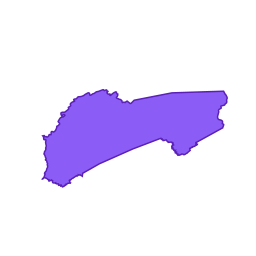 outline of Los Pozos, Herrera, Panama, rotated 235°
{"feature_id": "35544464B7631989916693", "entity_name": "Los Pozos", "entity_type": "district", "adm_level": 2, "iso_a3": "PAN", "parent_name": "Panama", "parent_adm1": "Herrera", "projection": "equal_earth", "projection_center": [-80.671, 7.692], "detail": "fine", "context": "isolated", "style": "filled", "palette": "violet", "viewbox_px": 256, "rotation_deg": 235, "n_neighbors": 0, "source": "geoboundaries", "source_scale": "gbopen_adm2", "svg_char_len": 5683}
<svg xmlns="http://www.w3.org/2000/svg" viewBox="0 0 256 256"><g transform="rotate(235 128 128)"><path d="M116.9,42.8L117.0,43.0L117.3,43.2L117.3,43.5L116.9,44.2L117.5,44.8L117.6,45.0L117.1,45.5L117.2,47.1L116.7,47.8L116.6,48.4L116.1,48.8L115.9,49.1L116.0,49.4L116.5,49.1L117.3,49.3L117.7,49.7L117.9,50.1L118.2,50.1L118.6,49.8L118.8,50.1L118.7,51.0L118.4,51.7L118.5,51.9L118.7,52.9L118.6,53.7L118.4,54.2L118.6,54.9L118.5,55.2L118.4,56.2L118.5,57.2L118.3,57.7L118.5,58.4L118.4,58.5L118.2,58.6L117.8,58.8L117.8,59.9L118.2,60.3L117.9,60.4L117.8,60.9L117.3,61.2L117.2,62.0L116.9,62.1L116.1,62.2L115.6,62.6L114.7,62.9L116.9,64.9L115.1,84.1L108.1,119.9L100.9,148.5L100.5,149.1L99.8,148.8L99.7,148.9L99.6,149.5L99.4,149.7L98.9,149.3L98.4,149.8L97.7,149.5L97.1,150.3L96.5,152.2L96.2,152.6L95.7,152.6L95.0,152.4L94.0,152.6L93.6,153.0L93.1,152.8L92.1,154.6L91.7,155.2L91.5,155.5L91.3,155.7L91.1,155.6L90.2,156.3L90.0,156.2L89.6,155.3L89.4,155.4L89.1,155.8L88.6,155.5L88.2,155.7L87.9,155.5L88.2,155.0L88.3,154.6L88.1,154.1L88.1,153.4L87.8,153.3L87.4,153.1L86.7,153.5L86.6,153.2L86.6,152.5L86.5,152.4L86.1,152.5L85.6,152.3L85.5,152.5L85.8,153.0L85.6,153.2L84.8,152.8L84.4,153.1L84.0,152.9L83.9,153.1L83.6,152.9L83.2,152.8L83.0,153.1L82.6,153.2L82.4,153.9L82.0,153.3L81.7,153.2L81.6,152.8L81.4,152.7L81.2,152.8L81.0,153.6L80.4,154.0L80.3,153.9L80.2,153.7L80.3,152.9L80.2,152.7L79.5,153.4L78.9,153.1L78.7,153.1L78.5,153.5L78.2,153.6L78.1,153.9L77.6,153.7L77.4,153.3L77.2,153.2L76.9,153.4L76.8,154.0L76.3,154.4L76.2,155.5L75.8,155.8L75.9,156.7L75.8,157.2L75.0,158.1L74.5,158.1L74.0,158.6L73.8,159.2L73.7,160.0L73.7,161.4L73.5,161.9L73.7,162.9L74.0,166.1L74.8,166.2L75.1,166.5L75.7,166.7L75.9,166.9L75.8,167.3L75.5,167.7L75.7,168.7L75.6,168.9L75.4,169.1L75.3,169.3L75.3,169.5L75.6,169.7L75.7,170.0L75.2,170.7L75.1,171.4L74.8,172.1L74.8,172.7L75.0,173.2L74.7,174.1L74.7,175.3L74.9,175.5L75.2,175.0L75.6,175.0L75.6,174.5L75.7,174.3L76.0,174.6L76.3,175.1L76.4,174.9L76.9,175.0L77.1,175.1L77.2,175.3L77.0,175.9L73.8,205.7L74.3,206.2L75.2,207.6L75.8,208.3L76.3,208.4L76.8,208.1L77.6,207.8L78.6,208.9L79.3,209.2L80.1,209.2L80.8,208.9L81.5,208.4L82.8,207.3L83.4,207.1L84.0,207.0L84.7,207.2L85.5,207.6L86.2,208.1L89.1,211.6L90.5,212.2L90.6,212.3L90.9,212.8L91.0,213.2L90.8,215.3L90.8,215.6L91.0,215.9L92.2,216.3L92.6,216.6L92.6,217.0L91.9,218.6L91.8,219.3L91.4,220.2L91.5,220.6L91.9,221.1L92.1,223.1L92.3,223.4L92.7,223.9L93.3,224.2L94.5,224.9L95.5,226.3L96.0,226.6L96.9,226.9L99.6,227.2L100.3,226.9L100.9,227.1L103.3,227.4L131.6,184.1L147.2,149.0L146.6,145.6L146.5,144.8L146.7,144.0L147.1,143.7L148.3,143.4L149.5,143.0L150.3,142.9L150.6,142.4L150.7,142.0L150.5,140.2L151.2,139.8L151.3,139.7L151.7,139.1L151.8,138.4L152.1,138.0L152.9,138.1L153.6,138.6L155.1,138.4L156.2,137.8L156.7,137.1L157.8,136.7L158.4,136.1L158.9,135.9L159.5,135.9L159.8,136.4L160.1,137.4L160.3,137.8L160.8,138.5L161.4,138.9L161.8,139.1L162.2,138.6L162.4,138.5L163.3,138.6L163.9,139.1L164.2,139.0L164.6,138.7L164.9,137.5L165.0,136.8L165.0,134.7L164.7,132.6L164.7,132.4L164.9,132.1L165.2,132.0L165.8,132.6L166.2,132.7L166.4,132.4L166.8,131.5L167.0,131.3L167.7,131.0L168.7,130.9L169.0,131.0L169.3,132.3L169.5,132.6L169.8,132.5L170.1,132.0L170.2,131.9L171.1,132.3L171.4,132.3L171.7,132.0L172.2,130.1L172.5,129.9L173.3,129.9L173.7,129.5L174.2,127.7L175.0,124.5L175.4,123.8L175.8,122.7L175.8,122.1L175.7,120.1L176.2,118.8L176.2,116.8L176.4,115.9L176.6,115.7L177.3,115.8L178.4,116.3L179.1,116.2L179.5,115.8L179.7,115.4L180.0,113.1L180.1,112.1L180.0,110.6L180.2,109.3L180.6,107.8L181.4,106.3L182.0,105.3L182.1,104.9L182.1,104.2L181.6,102.9L181.6,102.3L182.3,101.0L182.4,100.6L182.5,100.0L182.3,99.7L182.1,99.6L181.1,99.9L180.7,99.8L180.6,99.6L180.6,99.2L181.0,98.0L181.2,97.0L181.1,95.6L181.1,95.2L180.9,94.8L180.6,94.4L179.5,94.1L179.1,93.8L179.0,93.2L179.1,91.6L179.1,91.0L178.9,90.8L178.6,90.7L177.8,90.5L177.5,90.0L177.3,87.2L177.3,84.9L177.5,84.5L178.0,84.1L178.4,83.5L178.8,82.4L178.8,81.8L178.0,81.1L177.1,80.8L176.0,80.7L175.8,81.0L176.1,82.3L176.0,82.8L175.2,83.6L174.8,83.7L174.6,83.6L174.4,83.2L174.3,82.5L174.3,81.1L175.0,79.4L175.1,78.6L175.0,78.0L174.7,77.2L173.7,75.0L173.4,74.5L173.0,74.4L171.2,74.6L170.5,74.4L170.0,72.2L170.2,70.6L169.5,70.2L168.4,68.7L167.8,67.6L167.4,66.5L167.3,65.5L167.4,64.7L167.6,64.6L168.6,63.9L168.8,63.6L168.9,63.3L168.8,62.9L168.5,62.5L167.4,61.8L166.8,61.2L166.7,61.0L166.9,60.8L167.6,60.1L167.7,59.7L167.7,59.4L167.2,58.8L167.0,58.1L166.8,57.4L166.9,56.8L167.1,56.4L168.0,56.0L168.2,55.7L168.5,55.0L168.9,54.6L169.2,54.6L169.7,55.0L170.0,54.9L170.1,54.1L170.4,53.7L168.9,53.6L167.8,52.9L167.1,52.6L166.8,52.5L166.3,52.8L166.0,53.5L165.7,53.8L165.4,53.9L165.2,53.8L164.8,53.6L163.9,52.6L163.2,52.1L161.7,51.4L160.4,50.9L159.7,50.3L158.8,49.0L158.1,48.9L157.3,48.0L156.2,45.6L155.3,45.1L155.0,44.3L153.1,44.2L151.4,43.6L149.9,43.4L149.7,43.3L149.5,42.4L149.2,42.1L148.9,42.1L148.3,42.5L147.2,42.4L146.3,41.9L145.0,41.7L144.2,40.7L143.9,40.6L143.4,40.6L142.7,40.2L141.8,39.4L141.6,39.0L141.3,38.3L139.8,36.5L139.6,35.9L139.4,35.0L139.2,34.3L138.4,33.4L137.8,33.7L135.9,31.0L135.7,30.8L135.5,29.1L135.3,28.6L135.2,28.7L135.1,29.0L135.3,29.7L135.3,30.7L135.1,31.3L134.8,31.6L134.1,31.9L133.7,32.3L131.4,33.0L131.0,33.6L130.7,33.7L130.2,32.8L129.9,32.8L129.7,33.1L129.4,34.5L129.2,34.8L129.4,35.4L129.2,35.6L128.7,35.5L128.0,36.0L127.2,35.2L126.4,35.0L125.6,35.6L124.9,36.6L124.7,37.3L124.1,37.0L123.8,37.4L123.3,37.4L123.1,37.9L122.5,38.3L122.1,39.0L121.7,38.9L121.3,38.4L121.0,38.3L120.7,38.4L120.1,39.8L119.9,40.2L119.6,40.2L119.3,39.7L119.0,39.5L118.9,39.6L118.9,39.8L119.1,40.3L119.2,40.5L117.4,40.5L117.1,41.3L117.1,42.3L116.9,42.8Z" fill="#8b5cf6" stroke="#5b21b6" stroke-width="1.5"/></g></svg>